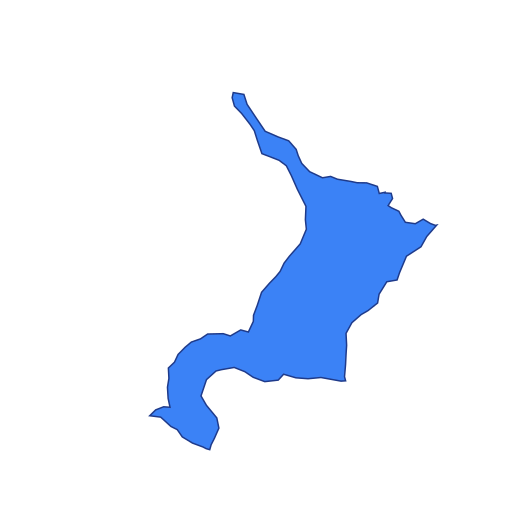 Armou, Paphos, Cyprus (Equal Earth projection), rotated 150°
{"feature_id": "46923920B18144204603704", "entity_name": "Armou", "entity_type": "district", "adm_level": 2, "iso_a3": "CYP", "parent_name": "Cyprus", "parent_adm1": "Paphos", "projection": "equal_earth", "projection_center": [32.488, 34.792], "detail": "fine", "context": "isolated", "style": "filled", "palette": "blue", "viewbox_px": 512, "rotation_deg": 150, "n_neighbors": 0, "source": "geoboundaries", "source_scale": "gbopen_adm2", "svg_char_len": 1618}
<svg xmlns="http://www.w3.org/2000/svg" viewBox="0 0 512 512"><g transform="rotate(150 256 256)"><path d="M112.4,246.7L118.0,248.5L116.1,255.6L123.6,264.0L131.7,268.8L136.4,273.0L147.1,281.8L151.6,287.6L159.3,290.5L167.4,302.2L170.1,313.3L169.3,321.7L167.9,328.3L170.1,339.4L177.5,348.3L185.7,359.4L186.8,374.7L187.9,391.8L185.7,402.0L194.0,408.9L197.5,405.0L199.7,396.6L197.2,386.7L195.3,372.9L194.8,365.4L197.0,355.5L199.7,341.7L188.2,327.4L184.6,319.0L185.2,307.9L186.8,293.2L187.9,274.0L195.1,262.7L199.0,254.0L211.6,244.4L227.2,239.1L235.2,235.8L242.8,230.6L249.1,228.2L257.9,225.7L269.3,221.8L279.6,212.6L287.8,205.9L291.0,200.7L300.6,194.0L306.2,199.6L318.2,199.6L323.2,205.1L336.9,212.6L345.5,212.0L355.0,213.8L356.8,213.5L363.0,212.4L372.7,209.7L379.7,204.8L387.9,202.8L392.6,193.6L398.3,186.6L403.3,176.6L406.1,168.0L411.4,171.6L419.8,172.9L427.9,170.8L419.1,164.1L414.9,150.9L411.0,145.0L410.3,136.2L404.6,125.8L397.4,117.1L395.5,114.1L392.9,111.4L389.2,115.0L383.2,118.9L374.2,125.5L370.9,135.4L373.6,151.5L373.6,162.3L360.7,173.7L348.1,176.4L342.9,174.9L330.6,170.4L323.5,161.4L319.1,152.4L311.2,142.8L298.8,137.4L291.2,139.8L282.4,130.6L272.3,123.7L260.5,118.3L244.9,105.1L240.8,103.1L239.7,107.2L232.8,117.1L226.8,126.4L222.2,133.3L216.7,144.0L206.3,150.3L194.2,152.7L186.3,152.7L174.2,154.5L168.5,161.4L155.6,168.3L145.8,164.7L140.0,169.8L125.8,180.6L108.5,181.5L98.4,187.5L84.1,192.4L85.3,192.8L88.7,196.9L92.8,204.3L101.9,204.3L109.8,210.5L110.1,218.9L109.9,223.3L114.7,230.2L116.4,233.6L109.0,237.5L107.6,242.7L112.9,246.2L112.4,246.7Z" fill="#3b82f6" stroke="#1e3a8a" stroke-width="1.5"/></g></svg>